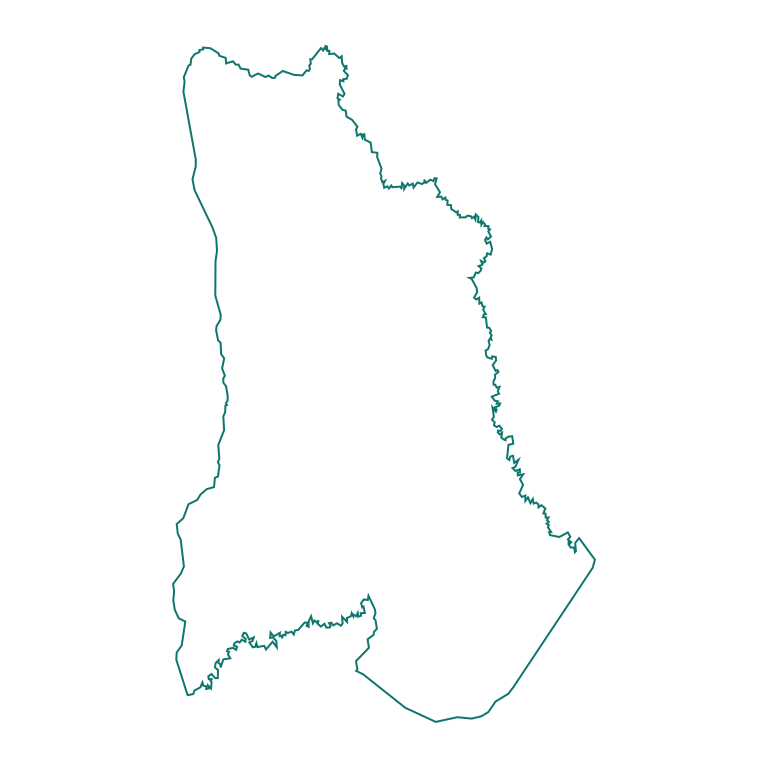 Prathai, Nakhon Ratchasima, Thailand
{"feature_id": "78962969B10005729924667", "entity_name": "Prathai", "entity_type": "district", "adm_level": 2, "iso_a3": "THA", "parent_name": "Thailand", "parent_adm1": "Nakhon Ratchasima", "projection": "equal_earth", "projection_center": [102.699, 15.58], "detail": "fine", "context": "isolated", "style": "outline", "palette": "teal", "viewbox_px": 768, "rotation_deg": 0, "n_neighbors": 0, "source": "geoboundaries", "source_scale": "gbopen_adm2", "svg_char_len": 6059}
<svg xmlns="http://www.w3.org/2000/svg" viewBox="0 0 768 768"><path d="M485.4,261.4L483.9,258.2L486.5,256.4L487.2,253.3L490.7,254.6L492.1,249.0L490.2,241.8L486.7,243.6L485.0,239.9L486.4,237.4L487.8,239.4L491.0,236.6L488.3,231.5L490.0,229.4L488.2,228.8L488.5,226.2L484.5,226.0L485.1,224.5L483.0,222.0L481.4,224.7L481.2,220.6L480.0,222.5L478.0,222.1L478.5,217.1L475.8,214.5L475.4,219.6L473.9,216.7L472.0,218.2L470.8,216.2L467.3,215.7L465.7,217.3L459.8,217.5L459.9,214.9L457.7,214.8L457.7,211.4L456.2,212.4L451.2,208.9L451.0,205.2L447.3,204.8L447.6,200.5L445.6,199.8L445.4,197.6L442.5,199.3L441.4,196.6L437.2,197.0L440.0,192.2L435.0,184.2L436.6,178.4L434.5,178.2L433.3,181.1L430.3,179.7L426.1,182.9L424.1,179.6L424.7,182.3L422.0,184.0L417.4,182.5L413.6,187.6L412.8,183.6L409.3,185.5L407.7,183.5L404.2,188.9L404.2,185.5L402.1,183.1L401.5,189.1L400.9,186.6L392.3,187.2L391.3,185.6L389.0,188.5L387.3,186.3L384.2,187.8L383.4,183.9L385.0,180.8L382.3,182.1L381.0,178.5L381.5,176.2L380.2,173.5L381.5,168.5L377.2,157.2L377.3,152.8L371.9,152.1L370.6,142.5L364.8,139.7L364.3,134.2L362.9,134.5L362.3,137.6L360.7,133.8L357.1,135.7L356.1,129.4L357.4,126.7L352.2,119.9L346.5,116.6L345.7,110.6L342.5,109.8L338.7,105.0L338.4,100.3L339.7,99.7L337.5,98.2L338.2,93.8L343.0,96.5L344.5,93.8L339.8,84.6L340.0,80.2L343.4,81.3L343.2,79.2L346.8,78.7L347.9,75.1L343.8,70.9L345.2,68.3L346.5,68.7L346.3,65.9L344.2,66.6L342.2,63.2L341.7,56.3L339.4,58.1L334.2,53.5L329.2,54.1L329.4,50.9L327.4,51.0L327.0,46.6L325.5,46.1L325.5,49.1L324.1,48.3L323.1,50.5L321.0,48.1L312.0,59.4L310.3,59.3L310.8,63.7L309.2,65.6L310.0,68.8L308.8,70.9L306.5,70.4L302.5,75.4L294.0,74.9L282.8,71.0L275.6,75.8L274.9,77.8L272.2,78.0L268.8,75.6L265.4,77.0L258.0,73.5L251.7,76.8L249.8,75.5L248.2,69.7L240.6,68.6L238.6,64.6L235.8,64.7L233.0,61.3L226.1,63.4L225.7,57.9L219.4,55.8L218.5,53.3L210.4,48.2L203.1,47.6L203.1,49.4L199.3,50.1L199.5,52.0L194.6,54.2L191.3,58.6L190.5,64.7L188.5,65.6L183.8,77.2L184.6,81.8L183.4,91.6L195.8,159.6L195.7,166.6L192.5,179.3L194.6,190.2L212.5,227.5L216.2,237.9L217.0,250.9L215.5,261.4L215.3,295.7L220.7,314.6L220.4,319.9L216.6,326.0L216.1,330.4L218.1,340.4L220.6,342.7L221.1,354.1L224.2,358.4L222.1,368.3L224.9,375.9L223.3,378.3L223.3,382.5L226.1,386.4L227.7,396.2L227.6,400.5L225.9,403.3L226.9,405.1L225.4,405.6L225.2,412.3L223.3,416.3L224.1,430.2L218.3,444.9L219.3,458.9L217.9,462.3L219.5,465.1L218.0,476.5L214.9,477.8L214.0,487.1L206.8,489.1L200.6,494.4L197.2,500.0L188.5,504.2L183.3,518.2L176.7,524.1L177.8,533.7L180.7,539.6L183.9,566.5L180.9,573.5L173.1,583.9L174.1,591.6L173.3,600.3L174.8,609.8L178.7,618.3L185.3,621.5L181.7,645.5L176.7,652.5L176.3,659.7L187.6,695.1L193.2,694.1L194.5,690.5L200.4,687.3L202.4,682.4L203.4,685.7L206.2,686.2L206.2,689.0L208.5,688.5L208.2,685.6L211.0,688.5L211.6,682.0L210.3,680.2L212.4,679.0L208.8,679.1L208.3,676.3L211.5,674.0L215.2,678.1L217.8,678.1L218.0,670.0L214.9,667.4L215.7,662.9L218.7,660.1L218.5,663.1L220.3,664.2L220.7,667.4L223.3,659.4L230.2,658.3L227.9,654.2L229.0,651.9L227.1,651.1L227.8,649.0L233.1,647.8L236.1,649.9L237.0,646.9L233.8,645.4L234.6,643.0L237.5,641.4L239.7,642.5L241.8,639.6L245.4,641.7L245.7,638.9L242.3,636.1L243.8,632.8L246.2,633.4L249.2,639.6L253.7,637.4L252.6,640.9L249.4,642.5L252.8,647.3L255.2,646.8L256.4,643.2L257.4,647.1L264.2,645.8L266.0,649.5L272.6,641.7L276.8,647.3L276.3,640.9L273.0,637.5L270.1,637.9L270.6,632.5L273.7,636.4L279.9,632.8L279.6,636.1L281.9,635.9L281.9,638.3L283.2,634.8L285.5,635.2L285.8,631.9L288.0,633.0L291.5,631.6L293.8,634.5L294.9,630.5L298.2,629.9L304.7,622.5L308.0,622.8L306.6,625.9L308.6,626.8L308.6,621.6L311.1,616.3L312.9,623.3L314.5,620.5L316.6,622.3L318.7,620.5L317.5,623.5L320.8,626.6L324.5,623.8L326.4,627.6L329.7,627.5L330.7,625.8L329.1,623.1L331.2,622.6L333.4,625.3L337.0,623.3L340.9,625.7L342.6,623.5L342.1,616.8L347.1,621.9L347.0,618.0L350.9,616.3L351.7,613.1L353.3,616.3L353.7,614.7L356.0,616.2L357.7,612.9L358.2,616.7L361.1,615.7L360.7,613.2L364.8,613.0L363.5,606.6L362.2,607.4L361.1,603.1L363.8,599.5L367.8,600.0L368.5,595.8L374.8,609.2L375.5,613.3L373.7,618.1L375.5,620.2L376.9,628.8L374.0,631.8L373.6,634.8L367.6,639.3L368.9,647.8L356.0,661.1L357.4,669.4L356.2,670.9L363.0,674.2L405.3,707.8L435.7,721.9L457.3,717.2L471.7,718.6L481.3,716.3L488.4,712.0L495.5,701.6L508.3,693.8L513.2,687.4L592.7,567.8L594.9,559.7L579.1,538.1L575.2,543.0L575.9,551.3L574.9,552.2L574.2,547.5L570.7,547.5L568.5,544.3L568.6,542.6L569.8,543.7L571.2,542.2L567.9,539.5L570.3,536.8L567.8,532.4L559.4,537.0L550.1,535.1L549.1,532.1L551.1,532.0L547.9,527.2L548.9,525.2L546.6,523.7L548.8,522.0L546.9,520.1L548.5,517.5L545.7,517.6L545.5,513.6L543.4,513.4L545.3,508.5L541.5,505.2L538.5,507.4L538.4,504.4L536.3,502.6L533.6,503.6L532.8,499.0L530.4,503.1L528.0,497.4L525.4,500.9L525.3,495.5L522.0,497.0L519.2,493.4L523.1,484.8L519.9,479.2L523.2,474.3L517.8,475.4L517.7,472.5L520.0,472.4L519.8,469.3L515.4,470.9L512.5,468.1L515.3,466.9L518.5,459.7L514.2,462.8L513.0,455.8L510.2,456.6L509.3,460.0L507.0,458.2L508.5,444.8L513.3,443.7L512.2,436.2L508.6,436.6L505.6,438.4L505.5,440.2L503.4,439.3L501.3,437.6L502.0,432.8L499.9,434.5L497.8,432.3L498.0,430.6L500.8,430.8L501.9,428.8L499.4,425.7L496.6,427.0L494.0,425.3L494.7,422.3L492.0,419.7L493.9,416.9L492.5,407.4L495.9,411.7L496.6,409.6L495.0,407.4L499.3,405.6L500.1,403.5L496.8,403.7L498.0,401.4L494.7,400.7L491.8,396.6L499.0,393.8L497.8,391.1L499.5,386.9L496.7,387.6L495.3,384.8L493.6,384.7L493.4,381.7L495.2,377.8L494.9,374.8L498.5,371.9L497.3,370.1L495.6,370.9L492.7,365.1L496.1,360.4L495.7,356.9L492.1,356.5L491.8,358.8L487.2,357.3L486.1,355.0L485.6,350.5L488.0,349.2L489.6,345.1L488.6,340.8L489.7,339.0L491.4,339.7L490.6,337.4L491.7,335.3L489.8,332.8L491.2,330.9L489.1,327.7L487.0,327.6L485.9,317.4L482.8,317.2L484.0,314.3L485.8,314.1L483.2,309.8L484.6,306.6L482.5,306.2L481.5,302.4L479.4,303.6L479.2,297.7L476.3,299.5L474.1,297.7L477.1,292.2L476.6,288.0L471.7,279.0L469.5,277.9L473.7,277.4L475.9,272.5L478.0,273.2L480.7,270.7L481.4,268.3L478.6,266.1L482.4,264.7L481.1,261.0L483.8,262.6L485.4,261.4Z" fill="none" stroke="#0f766e" stroke-width="2"/></svg>